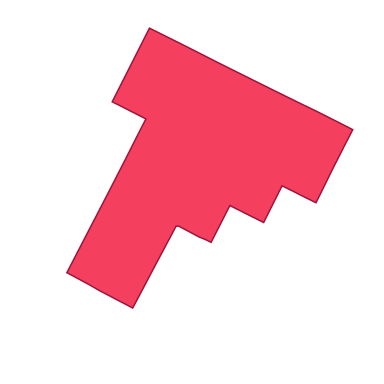 the district of Will, Illinois, United States of America, rotated 118°
{"feature_id": "52423323B88111597470225", "entity_name": "Will", "entity_type": "district", "adm_level": 2, "iso_a3": "USA", "parent_name": "United States of America", "parent_adm1": "Illinois", "projection": "robinson", "projection_center": [-87.929, 41.465], "detail": "fine", "context": "isolated", "style": "filled", "palette": "rose", "viewbox_px": 384, "rotation_deg": 118, "n_neighbors": 0, "source": "geoboundaries", "source_scale": "gbopen_adm2", "svg_char_len": 734}
<svg xmlns="http://www.w3.org/2000/svg" viewBox="0 0 384 384"><g transform="rotate(118 192 192)"><path d="M64.6,192.9L64.6,193.1L65.1,212.0L65.6,230.9L66.3,268.7L67.3,306.5L149.8,304.8L149.1,267.0L168.9,266.7L190.5,266.2L230.5,265.6L322.0,264.6L322.1,239.5L322.5,228.6L322.4,204.9L322.3,197.0L322.3,189.9L310.9,189.9L304.0,189.9L277.0,190.0L276.7,190.0L260.9,190.0L229.5,190.0L228.4,187.5L228.4,177.3L228.4,164.7L227.7,157.9L227.5,151.5L220.6,151.6L186.2,152.2L185.8,133.3L185.3,114.4L144.3,115.4L143.9,103.1L143.8,96.4L143.6,87.8L143.3,77.5L131.6,77.8L112.5,78.4L101.6,78.7L83.2,79.0L81.1,79.1L61.5,79.3L61.7,91.8L62.2,117.7L62.9,136.3L63.5,155.1L63.9,167.9L64.6,192.9Z" fill="#f43f5e" stroke="#9f1239" stroke-width="1.5"/></g></svg>